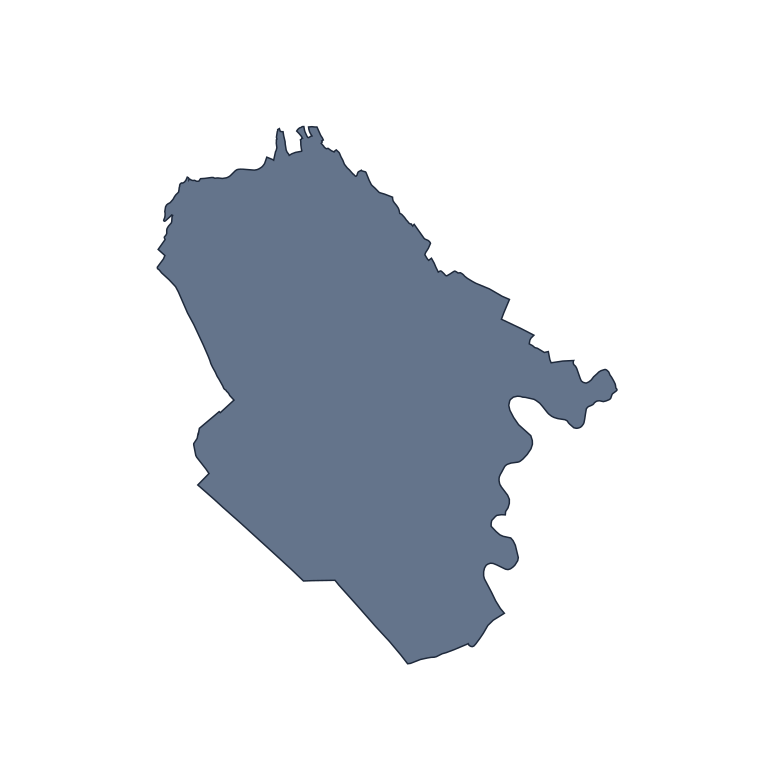 the district of Grosi, Maramures, Romania, rotated 246°
{"feature_id": "2599482B61705992201694", "entity_name": "Grosi", "entity_type": "district", "adm_level": 2, "iso_a3": "ROU", "parent_name": "Romania", "parent_adm1": "Maramures", "projection": "natural_earth1", "projection_center": [23.601, 47.611], "detail": "fine", "context": "isolated", "style": "filled", "palette": "slate", "viewbox_px": 768, "rotation_deg": 246, "n_neighbors": 0, "source": "geoboundaries", "source_scale": "gbopen_adm2", "svg_char_len": 6159}
<svg xmlns="http://www.w3.org/2000/svg" viewBox="0 0 768 768"><g transform="rotate(246 384 384)"><path d="M328.3,566.8L332.2,556.8L335.4,545.3L338.7,545.4L346.8,547.3L347.6,543.3L354.2,538.7L355.9,536.6L358.6,535.3L361.6,533.0L364.7,535.1L366.1,536.9L367.6,540.8L378.6,532.0L395.4,517.6L400.2,522.3L410.2,533.0L416.2,527.5L425.1,521.1L428.2,518.8L438.6,508.9L441.6,506.6L446.5,503.2L449.7,501.5L451.4,501.0L452.6,500.4L453.7,499.7L454.6,499.0L455.3,496.8L455.8,496.4L456.7,496.0L458.3,494.7L458.4,494.2L458.4,493.3L457.7,489.2L457.3,485.6L457.6,484.8L458.9,484.1L460.4,483.7L463.7,482.3L464.4,481.4L464.2,479.1L469.6,478.9L474.0,479.0L479.6,478.5L478.8,475.1L480.6,474.5L485.4,473.9L487.0,475.3L489.9,479.7L493.6,483.7L494.5,483.7L495.8,483.4L497.2,482.7L499.5,480.6L500.0,480.2L501.0,479.8L517.6,476.5L516.9,474.8L516.6,474.5L518.5,474.0L519.0,474.1L519.7,473.0L521.1,472.1L522.8,471.8L524.7,471.1L527.8,470.5L531.4,469.3L532.5,468.7L533.4,467.8L536.9,468.5L538.8,468.6L541.9,468.1L545.6,467.1L547.7,466.8L549.6,467.2L551.2,467.8L557.3,461.7L560.1,458.4L560.9,457.6L561.5,457.3L566.7,455.4L570.0,453.9L571.3,453.5L576.0,453.3L584.7,453.6L585.4,453.3L587.4,450.8L587.8,450.4L588.5,450.3L588.3,447.3L588.1,446.5L586.9,445.2L585.9,444.4L585.6,444.0L585.3,443.4L585.2,443.0L585.3,442.6L586.3,442.0L588.0,441.5L588.2,441.2L590.3,440.5L593.6,439.5L596.4,438.3L600.1,437.4L600.9,437.2L605.1,437.4L609.1,437.1L613.2,437.2L614.0,437.0L617.3,435.6L616.8,433.5L616.3,433.1L616.4,432.7L618.5,430.8L622.0,428.8L622.1,428.6L622.2,427.4L622.9,426.6L624.8,425.7L625.5,425.7L629.4,424.5L630.2,426.0L631.4,425.9L631.6,427.8L633.8,427.8L636.9,427.3L638.7,427.3L646.0,427.3L647.0,425.2L648.4,422.8L649.5,419.6L647.5,419.0L644.7,418.6L642.6,418.7L639.9,419.1L640.1,417.9L639.8,416.1L639.9,414.9L640.4,414.6L641.9,414.4L646.7,414.4L648.2,414.6L651.8,415.5L652.4,414.0L652.1,412.4L652.3,411.5L652.2,410.7L652.0,409.7L651.2,408.0L650.6,407.1L650.3,407.2L647.3,408.3L644.8,409.0L643.6,409.3L641.9,409.4L642.1,409.1L642.0,408.8L641.1,407.9L641.1,407.0L639.4,406.6L636.3,405.3L632.6,404.2L630.6,403.8L630.1,403.8L630.0,404.0L631.6,397.3L631.8,393.4L631.4,390.4L632.7,390.4L635.1,389.8L637.5,389.8L643.5,391.4L645.6,392.2L651.4,393.3L655.6,394.4L656.0,393.5L656.9,392.0L659.9,392.3L659.7,390.4L659.1,390.3L657.9,389.1L653.2,386.1L651.4,385.8L651.1,385.6L650.9,385.0L648.8,384.1L648.0,383.6L643.4,382.2L641.1,380.4L640.5,379.5L633.3,374.2L634.4,373.5L638.9,369.2L634.3,364.9L633.5,363.9L632.3,361.6L631.9,360.4L631.6,358.8L631.4,356.7L631.5,355.0L632.1,352.6L637.7,342.3L638.7,340.1L639.4,338.1L639.6,336.8L639.3,334.9L636.8,328.3L636.5,326.9L636.4,324.9L636.5,323.7L637.5,320.0L639.8,316.1L640.4,314.5L640.7,313.2L642.1,312.0L642.8,310.5L644.7,304.0L646.2,299.9L644.6,297.3L645.4,295.3L647.0,293.9L647.3,293.4L647.5,292.4L647.9,291.8L648.7,290.9L649.8,290.2L650.4,289.5L650.0,288.9L651.1,289.4L652.0,289.2L653.0,288.4L650.8,286.0L649.7,284.0L649.5,282.8L649.5,281.6L650.0,280.9L650.0,280.3L649.7,279.3L648.8,278.2L648.0,277.9L646.4,276.6L645.1,275.9L642.8,274.3L641.5,270.8L640.4,268.9L638.5,266.4L637.0,263.2L636.6,262.1L636.5,260.0L636.0,258.2L634.7,256.5L630.7,253.9L628.8,253.4L626.6,252.3L625.3,251.4L623.2,249.3L622.4,249.3L622.0,249.6L621.9,250.6L623.9,256.7L624.8,258.8L624.0,259.5L622.8,258.3L618.5,256.0L617.6,255.1L615.8,251.2L614.3,249.1L613.0,248.1L609.8,246.7L608.7,245.3L607.6,243.1L607.0,242.8L605.0,242.8L598.8,232.4L590.5,236.1L587.9,233.3L582.9,224.4L581.5,224.0L579.5,225.1L576.0,226.0L566.6,230.1L557.6,233.2L551.7,233.6L528.7,233.4L515.8,234.4L493.1,234.8L481.2,234.7L476.4,234.5L473.0,234.1L469.1,234.2L463.4,234.7L458.9,234.7L455.5,235.2L447.4,235.9L445.7,235.8L444.1,236.1L442.6,237.1L441.3,237.2L439.9,237.9L438.0,238.3L436.2,238.4L430.3,240.4L424.4,222.8L425.8,222.2L418.6,197.3L413.9,194.1L414.2,193.9L410.3,191.2L407.0,186.0L406.3,185.6L405.3,185.3L395.3,183.0L393.3,183.1L378.9,186.7L373.4,187.7L367.5,172.8L348.0,181.8L336.3,186.9L315.9,196.2L272.8,215.1L252.3,224.0L236.8,230.3L233.6,238.3L224.6,259.4L218.5,261.0L191.3,269.8L165.9,277.7L146.5,284.3L129.4,289.2L118.8,291.8L118.0,294.6L117.5,305.3L116.1,312.0L115.1,315.9L114.0,318.7L113.6,320.9L113.9,327.5L113.3,331.4L112.8,339.8L112.5,354.4L112.6,355.3L110.8,355.4L109.9,355.9L108.8,356.8L108.1,358.0L108.1,359.6L109.3,362.3L112.9,368.6L115.9,373.4L121.2,380.7L123.8,387.7L125.6,400.7L131.6,399.0L140.5,397.8L149.9,397.5L165.1,396.5L168.2,397.0L172.0,398.7L175.0,401.0L176.9,403.7L177.2,405.8L177.0,408.3L175.7,410.7L172.9,413.4L165.4,419.7L164.0,421.8L163.7,424.3L164.3,427.3L165.2,429.8L168.2,434.3L170.8,436.1L183.3,438.4L188.3,438.2L191.8,437.2L196.4,430.9L199.1,428.5L203.6,426.4L210.4,424.0L213.1,425.2L215.5,426.9L217.6,431.8L218.1,433.6L216.9,438.0L215.1,441.6L218.0,443.2L220.4,446.9L223.9,449.9L227.6,451.6L232.1,451.7L243.2,449.1L243.7,449.3L244.3,449.0L246.0,449.1L248.9,449.8L250.9,450.7L252.4,451.7L254.3,453.8L255.2,455.1L259.0,460.0L259.7,461.0L260.4,463.2L260.4,464.6L260.1,467.9L258.2,474.4L258.0,475.8L258.1,477.1L258.9,480.3L261.4,486.2L265.0,491.9L268.6,495.1L272.0,496.5L277.1,497.1L292.1,490.4L300.7,488.8L308.8,488.3L313.8,489.3L317.5,492.0L318.4,493.2L319.4,496.8L318.6,500.9L317.2,503.5L315.6,505.3L314.3,507.7L309.0,514.8L307.1,516.2L303.1,518.5L299.0,519.7L291.2,521.7L289.5,522.3L286.4,524.0L284.3,525.7L281.7,528.7L277.7,534.9L275.7,536.4L273.5,536.7L271.8,537.3L266.8,539.6L265.3,541.7L264.8,543.2L264.6,544.7L264.6,545.8L264.9,547.2L265.6,548.6L266.5,550.1L267.5,551.1L270.5,553.2L274.3,555.6L278.2,558.2L279.1,558.8L279.9,560.5L280.2,561.5L280.2,562.7L280.1,563.8L280.2,566.3L280.6,567.5L281.3,568.6L281.8,571.0L281.6,572.4L281.0,574.1L278.7,577.2L278.2,580.0L278.1,583.1L278.3,584.4L278.8,585.4L281.6,588.0L282.1,588.7L283.1,593.1L283.5,594.1L283.9,594.5L284.6,594.6L286.1,594.2L288.5,594.9L289.9,595.2L293.3,595.1L297.4,594.7L300.4,594.1L302.7,594.2L303.9,594.1L306.2,593.1L307.0,592.4L307.3,592.0L307.5,591.3L307.9,587.7L307.6,585.1L306.7,582.8L305.3,578.4L303.4,575.0L302.6,571.9L302.6,569.0L304.4,566.7L306.5,565.5L309.3,565.5L319.9,566.4L322.2,566.2L324.7,565.2L326.5,565.5L328.0,566.4L328.3,566.8Z" fill="#64748b" stroke="#1e293b" stroke-width="1.5"/></g></svg>